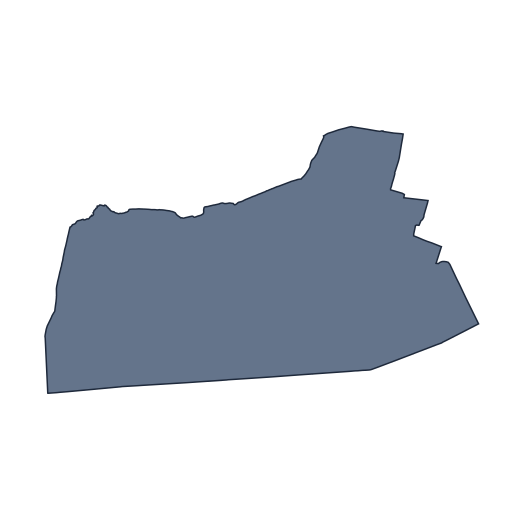 outline of Voicesti, Vâlcea, Romania, rotated 86°
{"feature_id": "2599482B9823513277146", "entity_name": "Voicesti", "entity_type": "district", "adm_level": 2, "iso_a3": "ROU", "parent_name": "Romania", "parent_adm1": "Vâlcea", "projection": "mercator", "projection_center": [24.291, 44.596], "detail": "fine", "context": "isolated", "style": "filled", "palette": "slate", "viewbox_px": 512, "rotation_deg": 86, "n_neighbors": 0, "source": "geoboundaries", "source_scale": "gbopen_adm2", "svg_char_len": 5948}
<svg xmlns="http://www.w3.org/2000/svg" viewBox="0 0 512 512"><g transform="rotate(86 256 256)"><path d="M377.7,248.1L377.6,221.1L377.6,220.6L377.6,208.0L377.7,207.5L377.6,207.3L377.6,193.9L377.6,190.7L377.6,186.1L377.6,178.8L377.6,170.3L377.5,165.6L377.5,165.0L377.6,162.4L377.5,157.6L377.6,154.4L377.6,150.8L377.5,150.5L377.5,149.7L377.2,148.5L375.6,142.9L375.4,142.4L375.4,142.2L374.7,139.9L372.9,133.9L367.6,116.3L364.8,107.1L364.5,105.9L364.2,105.2L357.3,82.6L355.7,77.0L355.5,76.6L355.4,76.4L355.0,75.8L353.5,72.1L339.2,38.7L312.5,49.6L305.6,52.3L298.6,55.0L292.4,57.6L277.9,63.2L275.7,64.7L275.0,66.6L274.6,68.6L274.5,70.7L274.9,72.1L275.2,73.0L276.3,74.6L275.9,76.9L259.6,70.4L259.3,71.2L256.8,76.4L255.3,79.5L253.3,84.3L251.5,88.1L249.2,92.5L246.9,97.3L244.9,97.1L240.1,95.7L236.8,94.8L236.3,93.4L236.7,92.0L236.7,91.2L232.2,88.9L231.6,87.8L230.5,86.9L228.8,85.9L226.6,85.5L215.3,81.3L212.7,80.5L211.7,85.7L208.2,104.5L205.0,103.7L203.6,105.8L199.4,117.1L198.3,117.1L196.8,116.4L196.1,116.1L193.8,115.4L191.1,114.4L189.4,113.7L184.8,112.1L183.7,111.8L183.4,111.7L183.1,111.8L182.7,111.9L182.3,111.7L180.2,110.8L171.6,107.4L169.2,106.6L167.9,106.2L154.6,103.1L149.2,101.7L144.6,100.7L144.1,102.7L143.0,110.0L140.8,119.8L140.5,120.7L140.2,120.6L140.0,121.7L140.0,121.9L140.3,123.8L140.2,124.3L139.7,126.6L137.3,136.3L134.4,148.8L133.6,151.7L133.6,152.1L133.7,152.9L133.9,154.4L134.7,158.2L135.9,164.8L137.6,171.1L138.7,175.7L139.1,176.6L139.7,177.9L140.5,179.2L140.7,179.8L140.9,180.3L141.9,180.1L142.7,180.3L144.4,181.2L147.1,182.8L151.5,185.2L157.2,187.5L158.1,188.0L159.9,189.4L161.8,190.7L162.6,191.7L164.5,193.7L166.8,194.8L168.5,195.4L170.0,195.7L171.3,196.1L173.9,197.8L174.9,198.7L177.4,200.5L179.8,202.8L181.1,204.4L181.6,204.9L182.3,205.4L182.5,208.6L182.7,209.6L183.0,210.6L183.2,211.6L184.1,215.8L184.4,216.6L188.2,229.2L188.2,229.9L189.5,233.6L189.9,234.5L189.9,235.1L190.5,236.6L190.8,237.8L191.0,238.4L191.5,239.3L191.6,240.0L191.7,240.7L191.8,241.0L192.5,242.3L193.2,244.7L193.4,245.3L193.9,246.7L194.6,249.2L194.9,250.0L195.2,250.7L195.4,251.5L195.7,252.1L196.1,253.6L196.5,255.2L197.5,257.9L197.9,259.2L198.5,260.9L198.8,262.0L199.9,264.7L200.2,265.2L200.6,266.4L200.9,267.6L201.1,269.0L201.2,269.5L201.7,270.5L202.2,271.1L202.9,272.0L203.3,273.0L203.4,273.7L203.1,274.3L202.7,274.6L202.2,274.9L202.0,275.1L201.9,275.6L201.8,276.3L201.3,278.4L201.3,279.4L201.4,279.9L201.5,280.3L201.5,281.0L201.6,282.0L201.6,282.7L201.5,283.7L201.3,284.4L201.2,284.7L200.9,285.2L200.8,285.6L200.8,286.0L200.8,286.4L201.0,287.7L201.4,289.0L201.6,289.8L202.0,292.6L202.2,293.7L202.2,294.5L202.7,297.4L202.8,298.3L203.1,299.7L203.2,300.2L203.3,300.5L203.3,301.1L203.3,301.5L203.3,301.8L203.4,302.0L203.4,303.1L203.5,303.5L203.7,304.0L204.1,304.3L204.3,304.5L205.1,304.7L206.7,305.1L207.4,305.0L208.8,305.2L209.0,305.2L209.4,305.3L210.0,305.7L210.3,305.9L210.9,307.0L211.5,308.3L211.7,309.2L212.1,311.2L212.7,313.1L213.0,314.1L213.1,314.5L213.0,314.9L212.7,315.4L212.1,316.1L211.9,316.5L211.8,317.1L211.9,317.7L212.1,319.3L212.3,320.3L212.7,322.8L212.8,323.7L213.1,324.8L213.2,325.7L213.1,326.4L212.8,327.0L212.7,327.4L212.7,328.5L211.9,329.2L210.8,330.7L209.2,332.4L207.5,333.4L207.2,333.7L206.8,334.3L205.9,336.1L205.5,337.6L205.0,338.9L204.7,340.3L204.3,342.3L203.9,343.9L203.6,345.4L203.4,346.8L203.2,348.8L203.0,349.3L203.2,350.4L203.1,351.7L202.8,352.9L202.6,354.6L202.5,356.7L202.0,359.5L201.6,362.6L200.8,369.7L200.8,373.1L200.6,376.0L200.6,378.5L200.7,379.1L201.0,379.5L201.5,379.8L202.1,380.0L202.4,380.3L203.2,381.9L203.3,382.2L203.3,383.0L203.7,383.7L203.8,384.3L204.0,385.0L204.0,385.9L204.2,386.7L204.2,387.1L204.0,388.1L204.0,388.7L204.0,389.0L204.2,389.6L204.2,390.3L203.8,391.3L203.6,391.8L203.4,392.3L203.2,393.1L203.0,393.5L202.8,393.8L202.1,394.5L201.9,394.7L201.8,395.0L202.0,395.5L201.7,396.0L201.6,396.3L201.4,396.5L201.0,397.4L200.6,397.8L200.1,398.3L199.6,398.5L199.3,398.6L199.1,398.8L198.7,399.3L198.3,399.6L197.9,400.1L197.5,400.3L197.2,400.3L197.0,400.6L196.6,401.1L196.2,401.4L195.8,401.6L195.2,402.1L194.9,402.7L194.7,403.1L194.7,403.5L194.8,403.7L195.0,403.8L195.3,403.8L195.4,404.0L195.0,405.5L194.6,406.5L194.5,407.3L194.3,407.6L194.2,407.9L194.2,408.1L194.2,408.3L194.7,408.9L195.0,409.2L195.1,409.4L195.1,410.6L195.1,410.8L195.2,411.0L195.6,411.1L195.8,410.9L196.1,410.9L196.5,411.0L197.0,411.5L197.1,412.1L197.4,412.4L198.0,412.8L198.4,413.1L199.3,414.3L199.7,414.5L200.8,414.9L201.6,415.6L202.5,415.2L203.0,415.2L203.5,415.4L203.7,415.6L204.1,416.0L204.8,417.1L204.7,417.4L204.4,417.4L204.5,417.5L204.8,418.0L205.2,418.3L205.5,418.8L205.7,419.0L206.2,419.3L206.9,419.9L207.2,420.3L207.3,420.6L207.3,421.0L207.2,421.9L207.3,422.3L207.8,423.5L208.0,424.3L208.0,425.0L207.9,425.4L207.7,425.6L207.4,425.8L207.4,426.0L207.4,426.3L207.7,427.6L208.1,428.8L208.2,429.7L208.4,430.9L208.5,431.4L208.6,431.7L209.3,432.6L210.6,433.6L211.1,434.1L211.5,434.9L211.7,436.0L212.0,436.9L212.4,437.3L212.7,437.5L213.1,437.7L213.7,438.4L214.1,438.9L214.1,439.1L214.1,439.3L214.2,439.5L215.4,439.9L215.9,440.0L216.0,440.1L216.7,440.3L219.6,441.2L221.1,441.6L222.8,442.2L223.8,442.5L225.4,443.0L227.3,443.5L231.3,444.7L232.9,445.2L236.8,446.6L238.7,447.0L244.0,448.5L246.8,449.1L248.6,449.7L250.0,450.2L252.9,450.9L254.6,451.6L256.2,452.0L258.6,452.9L260.1,453.3L261.8,453.8L265.1,454.8L267.5,455.6L269.4,456.1L269.8,456.1L270.2,456.3L270.3,456.2L270.5,456.3L271.2,456.6L272.2,456.9L274.7,457.4L282.1,457.8L282.7,458.0L283.5,458.0L285.9,458.4L287.7,458.7L288.6,458.9L291.4,459.5L297.0,460.6L297.5,460.9L298.8,461.9L300.3,462.9L301.3,463.6L302.4,464.1L302.9,464.4L303.4,464.6L311.2,469.1L314.5,470.4L319.9,471.8L321.5,472.1L323.2,472.0L378.3,473.3L378.4,473.2L378.4,467.8L378.4,465.5L378.4,465.0L378.4,464.0L378.3,461.7L378.2,453.6L377.7,430.0L377.0,399.5L376.9,399.3L377.1,382.8L377.1,379.4L377.1,379.1L377.5,335.4L377.6,293.8L377.5,292.6L377.6,276.8L377.7,248.1Z" fill="#64748b" stroke="#1e293b" stroke-width="1.5"/></g></svg>